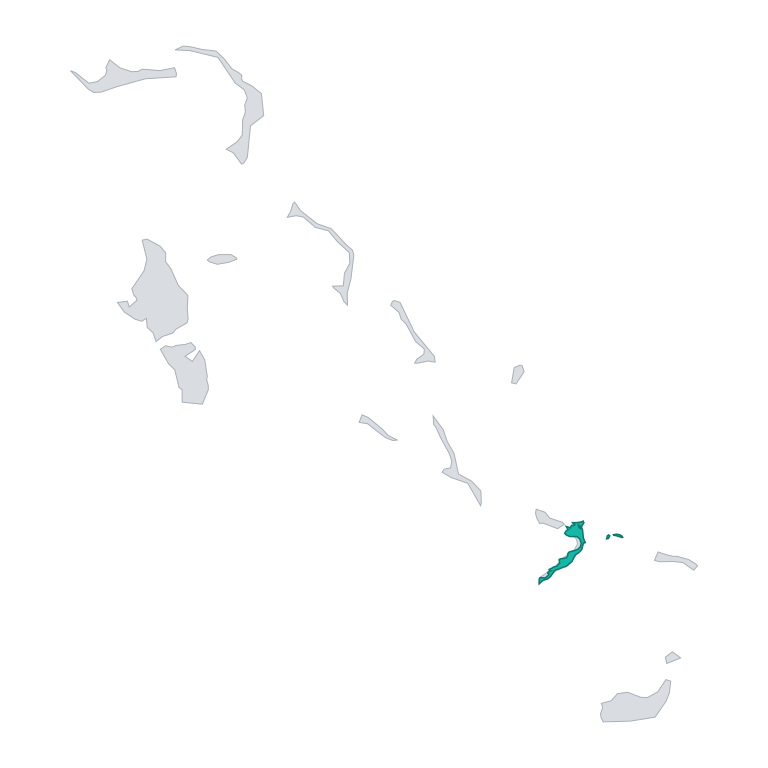 Acklins highlighted on a map of The Bahamas
{"feature_id": "BHS-5036", "entity_name": "Acklins", "entity_type": "District", "adm_level": 1, "iso_a3": "BHS", "parent_name": "The Bahamas", "parent_adm1": "", "projection": "orthographic", "projection_center": [-73.948, 22.452], "detail": "fine", "context": "in_parent", "style": "filled", "palette": "teal", "viewbox_px": 768, "rotation_deg": 0, "n_neighbors": 0, "source": "natural_earth", "source_scale": "10m", "svg_char_len": 4868}
<svg xmlns="http://www.w3.org/2000/svg" viewBox="0 0 768 768"><path d="M187.9,295.5L187.3,309.1L188.1,319.2L187.0,322.8L175.8,329.3L172.9,333.0L162.4,336.5L156.0,341.6L153.1,332.9L147.2,327.4L146.4,318.3L141.7,321.3L135.0,319.2L124.2,312.0L117.5,302.5L127.4,301.2L129.2,307.0L137.1,300.2L135.5,296.4L134.1,295.8L131.8,288.8L144.0,270.9L146.9,259.2L142.2,240.2L147.1,239.1L160.0,246.1L165.7,252.8L165.6,261.7L170.9,268.8L178.4,285.6L187.9,295.5ZM195.2,346.9L195.3,349.5L185.1,356.3L192.3,361.5L199.5,350.7L204.7,359.7L207.3,376.5L206.7,379.4L207.2,381.9L208.2,385.1L208.3,389.7L202.3,404.2L182.2,402.2L182.1,389.9L179.0,387.4L174.8,369.8L168.7,364.0L160.3,349.3L165.5,345.8L172.2,347.2L175.8,345.5L185.2,344.4L190.9,342.6L195.2,346.9ZM669.3,693.1L666.0,701.4L655.1,717.1L630.4,721.1L603.2,721.9L601.1,717.7L600.5,713.9L602.5,708.0L602.3,705.7L601.2,703.4L611.1,700.8L617.6,693.6L627.8,692.3L640.7,697.3L647.6,697.5L657.8,691.8L665.9,679.6L670.8,681.2L669.3,693.1ZM243.7,163.1L241.6,164.1L233.2,152.7L226.2,149.3L237.4,141.6L242.3,135.0L242.6,120.1L245.4,112.1L244.7,105.1L247.3,97.9L244.3,89.8L235.3,83.2L218.0,57.4L189.8,50.6L175.1,49.9L183.3,46.1L190.7,46.8L202.1,49.5L215.9,51.0L224.1,58.7L231.8,68.7L239.0,72.9L241.9,75.5L241.5,78.4L242.6,81.1L252.0,86.0L261.4,93.6L263.7,115.6L250.5,125.8L247.3,157.5L243.7,163.1ZM119.8,67.8L131.7,71.7L138.2,71.4L142.1,69.2L160.0,70.6L174.5,67.7L176.5,73.7L176.0,76.8L145.2,78.8L116.8,86.7L101.1,92.1L93.8,92.5L88.4,89.2L70.5,70.7L75.4,72.6L88.8,83.2L97.4,81.6L105.5,75.2L106.9,70.2L105.8,67.7L109.7,59.8L119.8,67.8ZM300.7,210.8L317.1,223.7L331.2,228.7L346.2,244.7L352.7,250.4L353.8,255.6L350.9,278.9L347.2,292.9L347.5,305.2L343.9,301.5L340.4,293.4L334.5,288.7L332.5,286.2L343.3,285.8L344.5,273.1L349.9,263.2L349.3,252.7L336.9,241.1L328.5,230.8L315.4,227.4L303.4,217.1L296.2,215.7L287.3,217.3L290.6,211.4L293.0,203.5L294.6,202.1L300.7,210.8ZM481.3,502.8L480.6,505.7L467.8,483.3L451.5,477.7L442.1,472.3L444.1,469.2L450.6,467.9L451.8,460.9L449.1,453.2L440.6,437.7L435.9,427.1L433.7,424.7L433.1,415.9L443.2,429.6L447.3,441.7L454.1,453.6L458.5,474.1L471.5,481.1L480.9,491.0L481.3,502.8ZM546.5,579.2L539.2,582.6L540.8,576.8L554.8,567.0L562.5,558.3L566.8,555.3L568.4,552.9L574.5,549.7L577.5,544.1L576.7,539.6L570.3,532.1L570.4,526.8L572.6,523.1L583.4,521.4L580.5,527.0L584.8,542.9L570.5,562.7L558.3,568.9L546.5,579.2ZM434.5,356.5L435.1,362.2L428.3,361.0L418.2,363.1L414.6,363.1L416.9,359.2L423.9,354.1L424.3,349.0L415.7,341.7L405.9,323.7L401.2,319.3L399.1,312.6L390.7,305.2L392.5,301.4L394.3,300.5L400.0,302.4L412.6,328.4L413.4,330.9L434.5,356.5ZM667.0,554.9L673.4,556.4L676.9,556.3L688.8,559.6L695.9,564.1L697.5,566.0L693.7,570.2L682.8,562.5L673.2,561.5L659.9,561.8L654.5,560.3L658.1,552.0L667.0,554.9ZM562.0,522.2L564.3,524.2L557.7,528.7L542.9,523.1L539.6,523.5L536.6,517.6L535.5,513.2L536.2,509.2L545.1,512.3L549.8,518.1L562.0,522.2ZM228.9,262.3L217.4,264.3L209.3,261.8L207.3,260.0L210.9,257.0L218.6,254.6L231.0,254.6L236.3,257.8L236.9,259.1L228.9,262.3ZM397.2,440.0L392.9,440.6L385.2,437.5L367.5,423.7L359.2,422.4L362.0,414.8L368.3,417.5L382.6,429.4L388.0,435.4L397.2,440.0ZM524.1,371.8L516.0,383.9L511.6,382.8L514.2,367.6L519.8,365.2L522.0,365.4L524.1,371.8ZM680.6,657.9L666.8,663.5L665.4,657.1L672.4,651.8L680.6,657.9Z" fill="#d9dde1" stroke="#a8b0b8" stroke-width="1"/><path d="M568.3,529.6L567.7,528.9L566.2,526.5L569.6,527.5L570.4,528.0L570.8,526.8L571.5,525.8L572.5,525.4L573.3,525.7L573.9,525.2L574.2,525.1L574.7,525.0L574.7,524.2L573.8,523.9L573.5,523.7L573.2,523.3L572.6,522.6L577.9,522.6L580.4,522.2L583.2,521.1L583.3,521.6L583.3,521.9L583.5,522.3L583.9,522.6L581.5,526.9L580.3,528.0L580.2,526.9L579.9,526.0L579.2,525.4L578.3,525.0L578.6,526.5L579.5,528.0L580.6,528.7L581.8,528.0L582.5,529.6L583.4,538.0L584.0,539.7L585.3,542.6L583.5,543.0L582.8,544.9L582.4,547.4L581.8,549.4L580.8,550.7L579.3,552.2L577.7,553.5L576.5,554.0L575.3,555.0L571.8,561.7L566.4,566.2L565.5,566.7L564.4,566.8L558.1,569.4L555.5,569.9L553.9,571.4L551.3,575.5L550.5,576.5L547.8,578.9L546.7,579.3L544.4,579.7L542.5,580.7L539.2,583.9L539.1,582.9L539.2,579.0L539.7,577.9L540.7,577.5L544.8,577.9L545.7,577.5L548.8,574.7L548.9,574.0L547.8,573.2L547.8,572.5L549.8,571.2L550.6,570.9L550.0,570.7L549.5,570.5L549.2,570.1L549.1,569.4L551.2,568.5L554.2,566.7L556.6,566.3L557.2,565.9L558.3,564.4L559.7,563.4L559.6,562.0L559.2,560.5L559.2,559.4L561.1,558.7L563.9,558.4L566.5,557.7L567.6,556.0L568.0,553.3L569.2,552.0L571.0,551.4L573.3,551.0L577.4,549.5L580.3,546.9L581.2,543.3L579.7,538.8L576.8,536.6L569.5,536.5L566.2,534.9L564.7,533.4L564.8,533.0L566.1,530.9L566.8,530.3L567.5,529.9L568.3,529.6ZM622.7,537.3L622.1,537.5L617.7,536.2L615.8,535.6L613.7,535.3L613.4,534.7L615.3,534.4L617.0,534.2L619.4,534.7L621.7,535.8L622.7,537.3ZM607.3,535.9L608.6,534.9L609.8,535.8L608.4,538.5L606.6,538.9L607.3,535.9Z" fill="#14b8a6" stroke="#0f766e" stroke-width="1.5"/></svg>